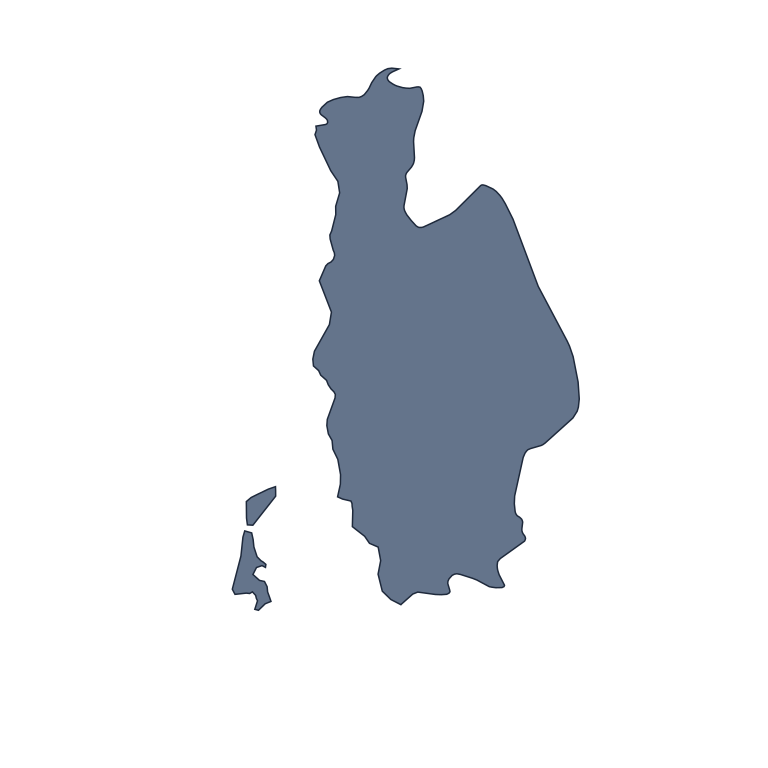 the Governorate of Sfax, rotated 128°
{"feature_id": "TUN-114", "entity_name": "Sfax", "entity_type": "Governorate", "adm_level": 1, "iso_a3": "TUN", "parent_name": "Tunisia", "parent_adm1": "", "projection": "albers", "projection_center": [10.434, 34.714], "detail": "fine", "context": "isolated", "style": "filled", "palette": "slate", "viewbox_px": 768, "rotation_deg": 128, "n_neighbors": 0, "source": "natural_earth", "source_scale": "10m", "svg_char_len": 3305}
<svg xmlns="http://www.w3.org/2000/svg" viewBox="0 0 768 768"><g transform="rotate(128 384 384)"><path d="M547.5,234.8L549.6,245.9L548.3,257.8L537.5,271.6L525.2,277.9L516.1,288.2L518.5,297.3L515.9,305.5L515.9,321.1L502.8,330.8L499.9,333.9L497.9,335.6L496.6,338.0L500.2,345.8L501.5,351.1L489.8,356.7L482.2,362.4L471.8,374.0L466.8,384.2L460.5,390.1L457.6,397.1L452.0,403.4L446.8,406.9L425.1,414.0L422.2,415.9L421.0,418.6L420.5,422.7L418.9,427.5L416.5,431.5L416.0,439.3L413.7,443.7L413.2,450.7L408.2,455.4L401.0,459.0L370.8,463.6L359.7,469.7L342.5,498.5L326.8,502.6L323.6,502.3L320.6,500.9L317.0,500.6L313.1,502.0L311.1,504.0L309.8,506.4L302.9,515.7L299.9,518.4L295.6,519.5L280.2,526.3L273.7,531.5L260.7,536.6L252.7,545.1L248.7,557.3L237.0,580.7L230.0,591.9L225.5,593.5L222.7,596.4L215.7,590.0L214.6,589.3L213.8,589.2L212.6,589.4L211.1,590.9L210.6,592.4L210.4,594.3L210.5,598.9L210.3,600.3L209.7,601.6L208.5,602.7L206.7,603.2L204.1,603.3L196.8,602.1L191.0,599.0L185.0,594.6L180.0,589.8L176.0,583.4L173.5,580.1L171.2,578.7L168.2,577.7L162.8,577.6L159.9,577.9L154.2,579.2L147.1,579.7L145.6,579.6L141.7,578.8L136.2,576.8L133.1,575.1L130.3,572.3L126.5,566.2L132.8,569.5L135.5,570.5L136.8,570.7L138.1,570.7L139.5,570.5L140.8,569.9L141.9,568.4L142.5,566.1L142.2,561.9L141.8,559.4L141.2,557.2L139.0,551.8L137.2,548.7L135.1,545.7L129.7,541.0L128.6,539.7L127.9,538.3L128.4,536.5L129.6,534.3L132.6,530.6L136.7,526.8L145.8,521.9L165.2,515.4L171.7,512.1L174.7,510.0L186.9,499.3L189.0,497.9L191.6,496.7L193.1,496.3L196.1,495.9L203.4,496.2L204.9,495.9L206.5,495.3L207.9,494.1L212.8,488.5L215.7,486.0L231.2,478.0L232.6,477.0L233.8,475.7L234.8,474.3L235.7,472.4L236.7,470.0L238.4,463.2L239.6,456.2L239.5,454.6L239.2,453.0L237.6,450.9L236.2,449.7L210.1,436.4L203.1,434.4L168.1,430.0L167.0,429.5L166.2,428.6L165.6,427.3L165.0,425.9L163.2,418.0L163.2,414.0L164.1,408.5L165.0,405.2L167.3,399.3L174.7,383.8L212.1,322.6L237.4,266.1L239.9,261.2L246.0,251.8L262.9,232.3L275.6,220.9L282.5,216.6L286.5,215.0L294.5,214.2L331.4,220.7L334.1,221.5L335.7,222.3L344.7,228.8L347.3,230.2L349.2,230.4L351.7,230.3L356.2,229.1L391.8,212.1L398.1,207.6L403.6,202.3L404.7,200.9L405.3,199.6L405.6,198.7L405.8,197.8L405.5,195.2L405.6,193.7L405.8,192.2L406.5,190.9L407.4,189.7L413.4,186.1L414.8,184.9L415.7,183.6L416.4,182.2L417.1,179.6L417.8,178.3L418.7,177.3L419.9,176.8L421.3,176.5L449.9,184.9L454.0,185.1L457.2,183.2L458.7,181.9L460.1,180.5L461.3,179.0L463.4,175.9L468.4,165.1L469.8,164.7L471.8,165.7L475.7,170.5L477.7,173.9L478.9,176.3L481.3,190.2L482.6,194.6L487.0,206.5L488.7,209.8L490.5,211.4L492.9,212.5L497.5,212.8L500.0,212.2L501.9,211.0L505.9,205.4L507.1,204.1L508.8,204.0L511.1,205.1L514.8,209.2L518.2,213.9L527.2,229.3L531.8,232.0L547.0,234.8L547.5,234.8ZM628.8,359.7L631.8,360.9L633.6,363.8L641.5,371.9L639.1,377.2L607.7,390.8L591.5,400.9L585.5,403.3L582.8,396.6L587.2,391.3L592.5,386.2L598.3,377.6L599.0,372.1L598.7,369.6L598.9,366.0L601.5,364.5L602.2,368.3L607.1,371.5L614.8,370.0L615.4,361.2L613.2,356.6L615.7,351.3L619.5,347.7L622.1,343.5L624.9,339.2L630.3,342.3L639.6,343.6L641.1,347.1L632.7,350.2L631.6,352.5L629.6,355.0L628.8,359.7ZM531.7,406.3L534.8,403.7L539.1,400.3L576.0,400.4L579.1,404.9L574.3,409.8L561.4,420.1L555.2,418.8L548.7,415.7L538.0,410.4L531.7,406.3Z" fill="#64748b" stroke="#1e293b" stroke-width="1.5"/></g></svg>